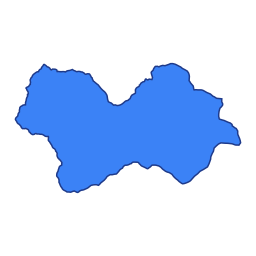 Serthig, Samdrup Jongkhar, Bhutan
{"feature_id": "84629894B58083807854661", "entity_name": "Serthig", "entity_type": "district", "adm_level": 2, "iso_a3": "BTN", "parent_name": "Bhutan", "parent_adm1": "Samdrup Jongkhar", "projection": "robinson", "projection_center": [91.922, 27.007], "detail": "fine", "context": "isolated", "style": "filled", "palette": "blue", "viewbox_px": 256, "rotation_deg": 0, "n_neighbors": 0, "source": "geoboundaries", "source_scale": "gbopen_adm2", "svg_char_len": 5652}
<svg xmlns="http://www.w3.org/2000/svg" viewBox="0 0 256 256"><path d="M239.0,145.1L239.7,144.0L240.6,142.8L240.2,140.6L239.5,138.4L238.7,136.6L238.4,135.7L237.9,134.7L237.7,133.6L237.7,131.0L236.2,128.5L235.0,127.9L234.3,127.4L233.2,126.5L232.3,126.0L232.0,124.4L230.3,123.0L228.0,122.2L226.2,121.4L224.2,120.5L222.0,119.9L219.4,119.1L219.1,118.4L219.0,117.4L218.7,116.8L218.7,114.2L219.0,111.6L219.9,108.3L221.2,107.0L222.5,105.4L222.7,104.5L222.6,103.5L222.0,102.4L221.7,101.4L221.8,98.8L216.6,98.3L214.1,96.7L212.9,96.2L210.4,94.0L206.8,92.5L203.3,90.5L202.2,90.1L201.2,89.9L198.0,89.9L195.9,89.7L194.1,89.9L193.7,88.9L193.6,88.0L193.2,86.0L190.6,83.0L189.8,81.6L189.1,80.7L189.4,76.4L189.1,74.7L188.5,72.9L187.9,72.1L187.4,71.2L184.9,69.7L182.5,68.5L180.7,67.0L178.5,65.9L176.6,64.9L175.1,64.2L172.7,63.6L170.6,63.6L168.8,64.4L165.0,65.7L162.7,65.4L160.6,66.0L159.5,66.5L159.2,66.8L158.7,66.8L158.0,66.5L157.5,66.3L155.4,66.4L155.1,66.6L153.7,68.6L153.0,70.4L152.7,70.6L151.8,71.5L151.3,72.1L151.2,72.6L151.3,73.3L151.5,73.9L151.6,74.5L151.7,74.8L152.0,75.7L152.5,77.5L152.3,78.3L152.1,78.9L152.0,79.5L151.3,79.5L150.0,79.2L149.1,79.1L148.5,79.6L147.7,79.9L147.3,79.8L146.8,79.6L146.4,79.2L146.0,79.0L145.7,79.0L145.3,79.4L144.5,81.4L144.2,81.6L143.2,81.8L142.6,82.0L142.1,82.5L141.7,82.6L141.1,83.0L140.6,83.7L140.2,84.5L139.7,85.0L139.4,85.1L139.4,85.7L139.3,86.0L139.0,86.4L138.3,86.8L137.3,87.3L136.4,88.0L135.6,89.3L135.4,89.9L135.4,90.5L135.5,91.3L135.4,93.1L135.0,93.5L133.7,94.1L131.8,95.2L131.6,95.5L130.9,96.6L130.4,97.9L130.0,98.7L129.1,99.3L128.1,100.3L126.8,100.7L125.9,100.9L125.0,101.5L123.8,102.6L122.3,103.8L120.8,104.7L119.1,105.3L117.7,105.5L117.0,105.5L115.3,104.9L113.5,105.1L112.5,104.1L111.2,103.0L110.3,102.7L109.2,102.2L108.3,101.6L107.6,99.3L107.2,96.5L106.9,95.2L106.2,94.0L105.6,93.0L104.6,91.8L102.7,90.2L101.0,88.5L98.1,84.8L97.1,84.1L96.0,83.2L95.1,82.5L94.3,81.7L93.3,81.1L93.1,80.3L92.6,79.6L92.3,78.8L92.3,78.3L92.1,77.8L91.8,77.6L91.3,77.2L91.0,76.5L90.5,75.5L89.9,74.6L89.5,74.0L88.3,73.8L87.1,73.8L86.0,74.3L85.3,74.2L84.1,73.2L83.7,72.7L83.2,72.6L82.0,71.9L81.1,72.0L80.4,71.6L79.1,71.4L78.1,71.4L76.9,71.7L75.8,71.4L74.9,70.8L73.8,70.5L72.4,69.5L70.0,70.4L67.9,70.7L66.6,71.1L65.6,71.9L65.3,71.9L64.9,71.8L63.9,71.6L62.5,71.6L61.8,71.7L59.9,71.7L59.3,71.6L57.9,71.4L57.4,71.6L57.2,71.6L56.9,70.4L56.8,70.0L56.0,69.5L55.1,69.2L52.6,69.1L51.7,69.7L51.2,69.9L50.9,69.7L50.3,69.1L49.8,68.2L48.8,67.4L48.1,67.0L47.3,66.9L46.6,66.2L46.0,65.6L45.2,65.0L44.1,64.4L43.6,64.6L43.3,65.3L42.9,65.9L41.5,67.5L41.5,68.2L41.3,68.6L40.7,69.1L39.8,69.5L39.1,70.3L38.7,71.1L38.5,71.7L37.3,71.8L36.8,72.0L35.8,72.6L34.6,73.5L33.8,74.1L33.0,74.9L32.6,75.4L32.4,75.9L32.0,76.9L30.9,78.1L30.7,78.8L30.2,79.7L30.2,80.7L30.5,82.0L30.5,82.7L30.2,83.8L30.3,84.4L29.4,85.2L28.9,86.1L28.5,86.5L28.0,86.8L27.4,87.0L26.3,87.6L26.0,88.1L26.5,88.8L26.9,90.0L27.5,91.0L28.1,91.8L28.2,92.7L28.3,93.9L27.5,94.4L27.4,95.1L27.7,95.6L27.5,96.5L27.0,97.2L26.6,98.2L26.3,99.3L26.2,100.3L25.7,102.0L25.5,102.8L25.5,104.8L24.0,104.9L22.8,105.2L21.9,105.9L20.9,106.4L20.3,106.9L19.8,107.7L19.7,108.8L19.4,110.0L19.4,112.0L18.3,113.4L17.7,116.1L17.0,116.8L16.3,117.4L15.7,118.2L15.4,119.2L15.7,120.1L16.5,121.2L17.2,122.7L18.1,123.7L19.0,124.2L19.9,125.1L20.9,126.3L21.3,127.1L21.3,127.4L21.9,128.1L22.7,128.7L23.6,128.6L24.9,128.7L25.8,128.4L28.2,129.6L28.4,130.0L28.8,130.7L29.1,131.8L29.6,132.2L30.2,132.5L30.5,133.3L32.3,134.5L33.0,134.6L33.8,134.4L34.3,134.3L34.9,133.8L36.0,133.5L36.4,133.8L37.1,134.0L38.1,134.0L39.0,134.0L40.2,134.3L41.0,134.2L42.5,134.5L43.1,134.8L44.1,135.4L45.2,136.2L45.9,136.4L47.5,136.5L48.2,136.4L48.5,136.8L48.4,138.7L48.3,140.2L48.9,141.2L49.5,141.7L50.2,143.0L50.6,143.4L50.9,144.1L51.6,145.0L52.5,147.1L53.0,147.8L53.6,148.3L54.4,148.7L55.0,149.3L55.6,150.4L55.6,151.0L56.4,151.9L56.6,152.2L57.2,153.6L57.0,154.9L57.1,156.0L57.6,157.3L57.9,157.9L59.0,159.0L59.3,159.6L59.9,159.9L60.3,160.3L61.5,162.0L61.8,162.4L61.9,162.9L61.7,163.4L61.7,164.6L61.7,165.1L61.2,165.4L60.2,165.9L59.5,166.6L59.1,167.3L59.0,168.0L58.6,169.0L58.3,170.0L58.0,171.3L57.6,172.0L57.2,172.5L57.1,173.2L56.8,173.8L56.7,175.7L56.9,176.4L57.9,177.6L58.3,178.0L58.6,178.8L58.9,179.4L59.0,180.1L59.0,182.4L59.5,183.3L60.5,185.8L61.2,187.0L61.9,187.9L62.4,188.9L63.4,189.9L64.4,190.5L65.6,191.0L66.8,191.9L67.5,192.0L68.8,192.0L69.9,192.1L70.6,192.2L71.3,192.0L72.7,191.4L74.2,191.0L75.3,191.5L76.7,192.2L77.3,192.4L77.9,192.4L79.1,191.6L79.5,191.1L81.4,190.2L82.4,190.1L83.7,189.8L86.9,188.4L88.0,187.8L91.0,185.4L92.2,185.1L93.8,184.8L95.6,184.7L96.9,184.8L97.7,185.1L98.5,185.3L99.0,184.9L99.8,184.1L100.8,182.9L104.2,180.2L105.9,178.3L107.1,176.5L108.7,175.5L110.0,174.7L112.3,174.7L114.5,174.2L116.3,174.0L116.8,173.6L118.8,171.3L120.0,169.7L121.4,168.7L122.5,168.1L122.7,167.6L123.4,166.5L124.7,165.4L125.4,165.2L126.5,165.2L127.7,165.0L128.8,164.6L130.1,163.9L131.3,163.6L132.1,162.7L132.9,162.2L134.0,162.1L137.2,162.2L138.1,162.4L138.5,162.6L139.4,163.9L140.2,164.5L140.9,165.4L141.7,166.0L145.4,167.7L146.6,168.4L147.4,168.7L148.0,168.6L149.1,167.7L150.2,167.0L151.0,166.2L151.8,165.3L152.6,165.1L155.2,165.1L156.5,165.3L157.3,165.6L158.5,165.8L160.7,167.1L162.6,169.1L165.4,171.2L167.1,172.0L169.3,172.6L172.0,174.3L173.6,176.5L175.3,178.2L176.6,179.3L177.4,179.8L179.1,181.5L181.6,183.3L182.7,183.8L184.4,183.5L186.5,182.8L188.6,181.9L190.4,180.8L194.5,176.2L197.7,173.7L200.0,171.3L203.7,169.3L207.5,166.9L209.0,163.8L210.6,159.3L210.8,156.8L212.3,153.3L213.4,151.4L214.1,148.1L216.1,146.1L218.5,144.0L220.9,142.9L224.9,143.2L227.9,143.3L232.2,143.8L235.4,145.0L239.0,145.1Z" fill="#3b82f6" stroke="#1e3a8a" stroke-width="1.5"/></svg>